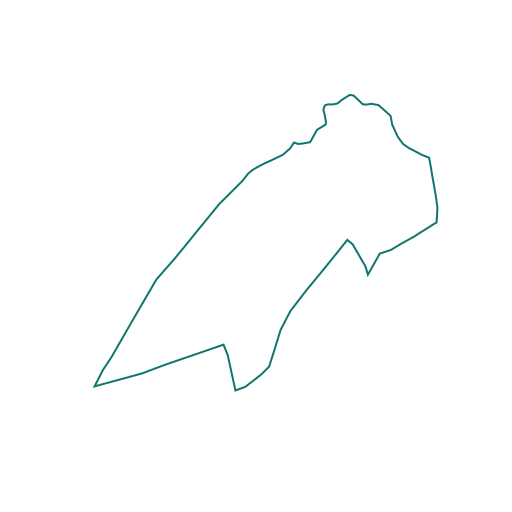 Al Qutayfah, Rif Dimashq, Syria (Natural Earth projection), rotated 160°
{"feature_id": "27442178B63021739925615", "entity_name": "Al Qutayfah", "entity_type": "district", "adm_level": 2, "iso_a3": "SYR", "parent_name": "Syria", "parent_adm1": "Rif Dimashq", "projection": "natural_earth1", "projection_center": [36.695, 33.816], "detail": "fine", "context": "isolated", "style": "outline", "palette": "teal", "viewbox_px": 512, "rotation_deg": 160, "n_neighbors": 0, "source": "geoboundaries", "source_scale": "gbopen_adm2", "svg_char_len": 1613}
<svg xmlns="http://www.w3.org/2000/svg" viewBox="0 0 512 512"><g transform="rotate(160 256 256)"><path d="M452.3,188.7L402.8,184.6L397.6,184.7L378.0,184.9L316.8,183.8L316.5,172.4L321.3,136.7L310.9,136.7L291.8,142.8L281.6,147.5L271.9,160.0L258.2,178.1L242.4,192.6L220.8,206.3L195.5,221.2L173.3,234.6L164.7,239.9L161.2,234.0L156.7,208.7L157.2,200.2L150.3,206.1L138.9,215.9L127.0,215.6L114.8,218.0L100.5,220.2L97.2,221.0L94.0,221.8L92.7,222.0L85.3,223.6L78.0,225.2L75.1,225.6L74.4,227.0L72.4,231.3L69.3,238.7L68.9,239.6L66.5,251.0L66.4,251.2L65.8,255.0L65.0,259.1L64.7,260.7L64.6,261.5L64.3,262.9L64.3,263.2L63.6,267.2L63.0,270.7L61.9,276.4L60.6,283.9L59.7,289.1L59.9,289.3L64.4,293.3L64.7,293.5L64.8,293.7L65.0,293.9L65.6,294.4L65.8,294.6L72.1,301.6L75.3,305.0L79.6,311.1L82.0,319.7L82.6,326.9L83.1,332.8L81.6,341.4L83.5,345.3L89.3,355.9L95.4,359.5L98.3,360.1L101.2,360.7L103.9,362.3L105.9,366.3L107.1,368.8L109.4,373.4L111.0,374.3L112.7,375.3L117.6,374.3L118.6,374.1L120.5,373.6L122.4,373.2L123.2,372.9L127.5,371.4L127.7,371.5L130.4,371.9L132.0,372.2L136.3,373.8L139.2,374.1L140.8,372.9L142.7,370.3L143.2,364.8L144.1,359.9L144.5,357.4L145.8,355.7L153.9,354.0L155.5,353.7L163.9,346.4L166.2,344.4L174.0,345.8L178.1,346.9L181.5,349.6L184.8,347.2L187.0,345.5L196.2,341.9L204.5,341.1L208.3,340.7L213.6,340.3L215.2,340.2L218.7,339.8L223.9,339.1L224.7,339.0L230.3,337.9L235.4,336.0L242.9,331.3L272.8,317.4L293.6,305.0L299.9,301.3L320.5,288.9L326.7,285.3L334.8,280.5L338.0,278.8L353.8,270.1L355.6,269.1L357.4,268.2L390.9,240.3L426.9,210.0L438.9,201.2L452.3,188.7Z" fill="none" stroke="#0f766e" stroke-width="2"/></g></svg>